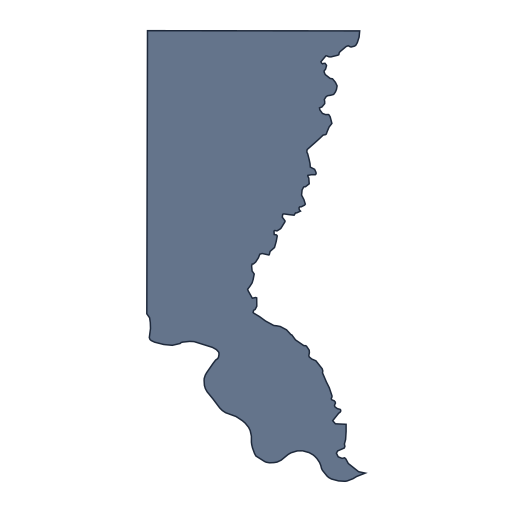 outline of Union, South Dakota, United States of America
{"feature_id": "52423323B60161926026355", "entity_name": "Union", "entity_type": "district", "adm_level": 2, "iso_a3": "USA", "parent_name": "United States of America", "parent_adm1": "South Dakota", "projection": "robinson", "projection_center": [-96.567, 42.782], "detail": "fine", "context": "isolated", "style": "filled", "palette": "slate", "viewbox_px": 512, "rotation_deg": 0, "n_neighbors": 0, "source": "geoboundaries", "source_scale": "gbopen_adm2", "svg_char_len": 3282}
<svg xmlns="http://www.w3.org/2000/svg" viewBox="0 0 512 512"><path d="M332.7,420.7L338.6,413.3L340.1,412.2L340.7,411.2L340.7,410.1L340.2,409.4L337.3,408.6L334.9,406.8L334.5,405.8L334.8,404.4L335.4,403.4L335.3,402.1L334.1,400.7L332.2,400.0L331.5,399.5L331.3,398.5L332.0,396.9L332.0,395.9L329.3,387.8L326.4,382.0L322.5,372.9L322.8,370.9L322.2,368.8L315.9,360.8L311.7,359.0L309.2,356.9L308.8,355.6L309.4,352.6L309.2,350.2L306.5,346.2L305.7,345.7L303.8,345.6L295.5,339.9L291.8,334.9L290.9,334.6L286.5,329.8L280.3,326.5L276.7,325.8L273.8,325.5L265.5,321.0L259.8,316.8L253.7,313.1L253.1,312.5L253.6,310.3L255.1,309.5L256.8,306.2L256.7,297.9L255.7,297.5L252.3,298.2L248.2,290.9L247.6,289.3L249.9,286.3L252.1,282.9L253.2,279.3L254.2,274.0L252.1,271.0L251.6,265.9L252.2,264.0L253.3,264.0L255.6,262.1L258.4,257.8L259.8,254.2L262.2,253.5L268.9,255.0L269.3,254.5L270.1,251.4L274.5,247.5L276.2,241.5L277.2,236.2L277.1,235.6L276.4,234.9L274.2,234.5L274.0,231.1L274.7,230.5L277.0,230.9L280.3,228.9L281.0,228.2L285.0,221.7L285.0,220.9L282.3,217.2L282.7,214.3L283.9,213.9L288.9,214.6L294.1,215.2L295.5,212.9L296.7,212.9L300.5,211.1L299.3,209.8L299.0,207.9L299.6,206.9L301.3,206.8L304.6,205.1L305.3,204.1L303.9,199.6L301.6,195.2L301.6,194.8L302.1,189.9L303.5,187.3L304.0,186.8L305.5,186.7L309.2,183.8L308.8,178.1L307.7,176.0L307.8,175.4L311.3,174.7L315.3,174.7L316.1,173.8L316.0,172.4L314.6,169.3L310.3,167.1L310.0,163.5L309.5,161.2L309.2,159.7L307.7,153.8L306.9,152.3L306.9,150.9L307.2,149.5L316.6,141.2L320.0,138.1L323.1,135.1L325.6,134.6L326.3,134.0L327.2,131.5L329.1,127.0L331.9,123.4L330.2,116.9L329.0,114.9L328.3,114.5L325.6,114.6L322.4,113.4L319.8,109.8L319.5,107.8L321.9,107.0L324.7,103.6L324.7,101.5L324.3,99.5L326.0,96.8L327.6,95.7L330.4,95.3L333.4,94.5L334.0,94.0L335.5,91.8L336.5,89.3L337.1,85.9L335.4,82.3L332.5,78.8L330.1,78.4L325.4,74.7L324.9,73.9L324.1,71.9L324.2,70.8L325.5,69.3L326.5,65.8L326.5,65.3L325.0,63.3L323.7,63.4L322.5,63.8L321.6,63.1L320.9,61.8L325.8,55.9L326.6,55.8L328.9,56.8L331.0,56.9L337.8,55.2L338.8,54.7L339.2,52.8L340.0,51.7L346.0,46.6L348.2,45.7L350.2,46.8L351.2,47.0L354.3,46.2L355.7,45.4L357.3,42.7L359.1,37.1L359.7,30.9L147.5,30.7L146.8,313.8L149.6,317.8L150.3,322.5L150.5,328.6L149.3,337.6L150.0,339.5L151.3,340.6L154.7,342.2L163.8,344.5L172.3,345.3L180.1,343.5L181.2,342.5L182.7,342.1L189.6,341.4L194.1,341.6L212.5,347.4L216.4,349.6L218.5,351.9L218.9,352.6L219.0,354.4L218.5,357.2L217.7,358.6L215.6,360.1L213.0,363.5L206.7,372.6L205.3,375.1L204.2,378.5L204.1,380.5L204.4,385.4L205.4,388.7L207.2,391.9L212.7,398.6L219.7,407.9L222.3,410.5L225.6,412.7L236.0,416.5L242.4,420.7L245.2,423.1L248.6,427.3L250.2,430.6L251.4,436.1L251.4,442.2L251.7,444.5L252.5,447.9L254.5,453.4L255.9,456.0L264.6,461.5L266.2,462.2L269.5,462.8L274.0,462.6L277.0,462.1L281.1,460.2L288.2,454.4L291.0,452.8L297.2,450.9L302.6,450.8L309.1,452.6L313.0,454.8L314.7,456.2L316.9,458.5L319.6,462.5L320.8,465.5L321.5,468.4L322.5,470.4L327.0,476.0L328.7,477.5L331.4,479.0L338.5,480.9L345.0,481.3L347.0,481.0L353.0,478.7L356.6,476.5L365.2,473.1L358.6,471.7L348.3,463.5L345.8,458.9L344.6,457.8L342.1,458.4L338.2,456.8L336.4,453.2L337.7,450.9L344.3,448.0L344.9,446.4L344.4,444.0L345.6,439.5L346.1,431.5L346.1,424.3L335.4,423.8L332.7,420.7Z" fill="#64748b" stroke="#1e293b" stroke-width="1.5"/></svg>